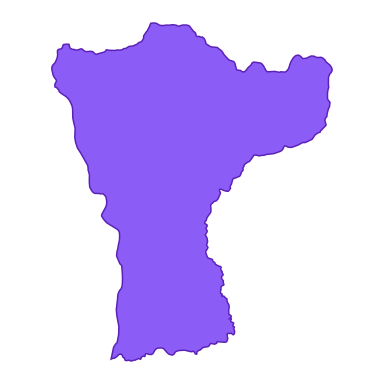 the district of Olaya, Antioquia, Colombia
{"feature_id": "7082276B51610426990427", "entity_name": "Olaya", "entity_type": "district", "adm_level": 2, "iso_a3": "COL", "parent_name": "Colombia", "parent_adm1": "Antioquia", "projection": "albers", "projection_center": [-75.768, 6.602], "detail": "fine", "context": "isolated", "style": "filled", "palette": "violet", "viewbox_px": 384, "rotation_deg": 0, "n_neighbors": 0, "source": "geoboundaries", "source_scale": "gbopen_adm2", "svg_char_len": 5884}
<svg xmlns="http://www.w3.org/2000/svg" viewBox="0 0 384 384"><path d="M330.0,102.3L328.4,100.4L327.5,98.8L327.5,92.9L328.1,89.3L328.7,87.4L328.4,84.4L328.5,77.7L328.9,75.9L329.9,73.9L330.9,72.9L331.9,71.1L332.2,69.5L331.3,67.0L330.0,65.2L326.4,62.1L325.6,61.1L325.1,60.1L323.2,58.3L321.8,57.6L321.1,57.3L318.0,57.5L316.4,57.3L315.2,56.9L314.2,56.2L311.1,56.0L306.1,58.3L303.3,58.5L302.6,58.4L302.0,57.9L301.6,57.2L299.5,55.5L298.1,55.1L295.8,55.6L294.5,56.6L293.2,58.0L291.3,61.0L290.3,63.2L289.1,67.1L288.1,69.4L286.3,71.4L285.0,72.1L280.9,71.8L279.0,72.3L274.9,71.4L267.9,71.8L266.8,71.4L265.7,70.1L263.4,65.6L261.4,63.4L259.3,62.8L254.3,62.1L253.6,62.1L252.3,62.7L250.6,65.5L248.2,67.4L247.2,68.9L244.8,71.6L244.1,71.9L242.3,71.7L240.3,70.4L237.5,70.1L236.5,69.5L234.9,63.3L233.8,61.6L229.1,60.0L228.1,59.1L223.8,54.4L222.9,52.6L221.5,50.8L217.1,47.4L212.2,47.0L210.4,46.6L206.9,44.3L205.8,43.5L205.7,42.1L204.4,38.8L202.6,37.1L200.6,37.1L199.4,36.5L197.4,36.4L196.0,35.9L195.9,34.2L195.7,33.4L194.6,32.0L193.6,31.5L189.7,26.4L188.8,25.6L186.4,25.0L182.9,25.0L180.9,25.5L179.1,26.2L178.2,26.2L176.8,25.4L175.7,25.1L172.6,24.7L168.9,25.2L166.0,25.1L163.9,25.5L160.9,25.5L158.9,24.9L157.5,23.9L156.2,23.3L153.8,23.0L150.9,23.2L150.5,23.7L149.5,26.4L147.2,30.9L146.5,31.6L143.6,35.9L143.6,38.2L142.8,39.8L141.7,41.2L141.1,41.8L140.0,42.2L138.8,42.5L136.8,44.4L135.0,45.0L133.0,46.0L129.7,46.3L128.5,46.7L126.0,48.3L124.9,48.6L124.0,48.5L122.1,49.7L121.4,49.9L120.0,50.1L116.6,50.0L115.6,50.4L112.8,50.4L109.5,50.3L106.6,49.8L106.2,50.0L105.0,51.6L104.3,52.0L96.2,54.3L95.4,54.1L92.7,51.6L90.7,51.3L86.5,51.6L85.3,51.4L84.2,50.9L82.1,49.0L80.5,48.9L78.4,49.8L76.1,50.2L74.8,49.6L71.9,49.2L70.2,48.2L69.8,47.5L69.1,44.6L68.7,44.2L65.8,44.2L63.4,44.6L62.7,46.1L62.4,47.4L62.0,48.0L61.0,48.9L58.2,49.5L57.4,50.8L57.6,55.3L57.2,57.8L55.3,62.3L52.6,65.4L51.8,67.3L51.9,69.7L53.2,75.4L54.8,78.2L56.3,79.9L56.3,81.4L55.0,83.9L54.8,85.1L55.0,87.0L55.8,87.2L56.8,87.8L58.8,90.2L59.2,91.6L60.1,92.5L61.8,93.8L66.1,96.6L68.1,98.6L69.3,100.1L70.7,102.8L72.0,105.8L72.6,108.6L72.8,117.8L73.4,121.0L75.1,128.1L74.8,137.6L75.6,142.4L77.5,148.1L80.5,152.7L87.7,165.4L88.1,167.9L88.1,170.0L89.4,174.6L89.3,182.1L89.7,186.8L90.0,187.7L91.7,190.7L93.0,192.3L93.9,192.9L94.9,193.4L99.1,193.5L100.8,193.9L103.1,193.8L104.8,195.4L105.7,196.7L106.2,198.2L106.7,201.3L106.6,204.2L105.9,206.7L101.7,214.6L101.6,216.1L103.5,219.1L106.2,222.3L107.5,223.3L117.1,229.2L118.7,230.9L119.3,232.1L119.6,235.0L119.5,239.7L118.1,246.4L117.9,248.4L117.1,251.0L116.6,255.4L116.9,256.8L119.9,263.8L121.7,265.6L122.4,274.3L122.5,279.3L122.3,284.4L122.0,286.4L121.0,289.0L119.8,290.2L118.2,293.4L117.7,296.0L117.5,299.4L116.3,309.5L116.8,315.3L118.9,326.8L118.6,334.8L117.1,342.7L115.8,343.8L113.6,347.2L111.1,359.1L112.4,358.5L114.8,358.0L117.2,356.3L118.5,354.8L120.0,354.2L121.3,354.3L121.9,354.6L122.9,357.1L124.5,358.3L125.0,360.1L125.4,360.4L126.7,360.6L128.9,360.2L130.5,360.9L131.7,361.0L133.5,360.3L135.2,360.1L138.3,358.6L140.4,359.2L141.1,358.6L141.0,358.0L141.2,357.4L141.8,356.9L143.2,356.1L144.7,356.5L145.1,356.0L145.1,354.6L145.5,353.9L146.8,353.7L149.3,354.5L151.7,354.4L152.9,353.6L154.8,350.4L156.3,348.8L157.4,348.2L160.0,347.9L161.3,347.9L163.5,348.5L167.4,352.9L168.8,354.1L171.4,355.0L172.1,355.0L173.5,354.6L174.4,353.6L175.1,352.3L176.2,351.4L176.9,351.1L179.5,350.5L184.6,350.2L190.9,351.7L192.1,351.6L193.2,351.2L194.1,351.8L195.2,353.7L196.2,354.2L196.7,354.1L196.9,353.6L196.8,352.1L197.6,351.1L200.5,349.8L202.6,347.7L205.1,347.0L207.3,346.8L208.3,346.5L209.1,345.8L210.6,343.4L214.9,344.2L215.2,343.7L216.5,343.4L216.8,342.9L216.8,342.1L217.3,341.7L225.2,342.3L226.7,341.7L227.7,338.9L227.7,337.9L227.4,337.1L227.2,334.5L227.3,333.8L227.9,333.3L229.6,333.6L230.4,333.2L231.0,333.2L233.0,334.7L233.4,334.7L234.0,334.3L234.6,332.8L234.5,330.7L233.7,328.8L234.3,327.6L234.3,327.0L234.0,326.7L233.2,326.4L232.8,325.6L233.7,323.3L232.9,322.5L230.8,321.5L230.6,320.3L231.3,319.4L231.3,318.9L229.4,318.7L230.9,317.4L231.3,316.7L231.0,315.7L229.6,314.7L228.8,313.8L228.7,310.5L229.1,307.8L229.1,305.4L227.2,301.7L226.9,298.8L226.4,298.4L225.7,298.3L224.4,296.6L223.8,296.1L222.1,296.3L221.8,295.6L222.2,295.0L222.1,294.2L221.7,293.8L220.9,293.6L220.6,292.9L220.5,291.0L221.0,289.5L221.0,287.0L222.4,285.5L223.6,285.2L223.9,284.4L223.2,282.5L223.4,280.9L221.6,278.6L221.7,276.3L223.2,274.9L222.1,272.4L222.1,271.4L221.4,270.8L220.8,269.4L220.7,268.5L221.1,267.6L221.1,267.2L220.6,266.6L217.9,265.7L215.4,264.2L214.7,262.4L213.5,261.9L213.1,261.4L212.3,259.4L209.5,258.4L208.7,258.4L207.9,257.8L206.9,256.3L206.7,255.0L205.8,252.9L205.9,251.0L207.3,249.0L207.9,247.5L207.7,246.8L206.7,245.4L206.6,244.9L207.6,241.7L207.2,238.8L206.4,236.5L205.4,235.3L205.3,235.0L205.5,234.4L206.8,232.5L207.2,231.4L207.0,230.3L205.9,228.6L206.1,228.0L207.1,226.3L207.1,225.0L204.9,223.4L204.7,222.5L205.0,221.9L206.2,220.5L207.0,217.6L210.7,212.4L211.0,210.2L210.7,205.7L211.0,204.5L211.6,203.7L212.6,203.1L213.8,201.6L215.9,201.0L216.7,200.4L218.1,198.8L220.5,193.1L219.5,190.6L219.5,189.7L219.9,189.2L221.1,189.2L223.7,190.4L225.9,191.1L228.0,191.3L228.9,190.7L230.5,188.3L230.4,187.5L230.0,186.6L231.5,184.0L232.4,180.3L233.2,178.8L233.9,178.3L235.9,177.9L237.2,177.1L239.6,176.3L240.6,174.8L241.5,172.0L243.1,170.2L243.0,168.0L243.2,167.3L243.9,166.5L244.2,165.1L245.5,163.7L247.8,162.1L249.2,161.6L250.0,160.9L254.1,155.0L256.4,155.2L259.4,155.9L261.2,155.4L264.0,155.3L266.3,154.5L273.9,153.6L280.2,151.4L281.6,150.6L282.8,149.3L283.9,146.9L284.5,146.0L286.0,146.0L287.6,147.0L288.9,147.3L291.2,147.4L292.4,147.1L298.0,145.1L302.5,142.6L304.8,142.6L306.3,142.1L312.2,139.2L314.9,135.1L317.9,132.9L320.1,132.2L320.5,131.0L321.0,130.3L321.5,130.1L326.1,125.1L325.0,120.9L325.0,119.4L325.4,118.4L326.9,116.4L327.1,113.9L328.3,109.2L329.5,106.7L330.0,102.3Z" fill="#8b5cf6" stroke="#5b21b6" stroke-width="1.5"/></svg>